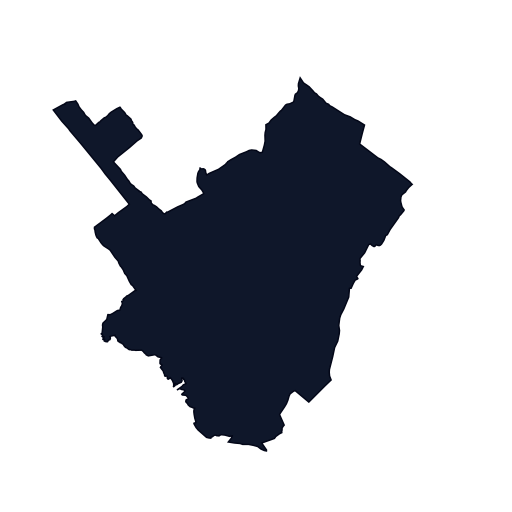 Cretesti, Vaslui, Romania (orthographic projection), rotated 167°
{"feature_id": "2599482B47452511342695", "entity_name": "Cretesti", "entity_type": "district", "adm_level": 2, "iso_a3": "ROU", "parent_name": "Romania", "parent_adm1": "Vaslui", "projection": "orthographic", "projection_center": [28.003, 46.636], "detail": "fine", "context": "isolated", "style": "filled", "palette": "ink", "viewbox_px": 512, "rotation_deg": 167, "n_neighbors": 0, "source": "geoboundaries", "source_scale": "gbopen_adm2", "svg_char_len": 6122}
<svg xmlns="http://www.w3.org/2000/svg" viewBox="0 0 512 512"><g transform="rotate(167 256 256)"><path d="M290.5,354.1L290.8,354.2L291.1,352.9L293.0,351.1L294.0,349.7L295.8,345.4L296.7,342.0L296.8,340.7L296.2,336.9L295.8,335.9L293.9,332.5L293.0,329.6L292.9,328.5L299.8,326.4L301.2,325.8L312.1,324.3L313.7,323.1L315.3,322.6L321.3,321.5L332.4,318.6L333.0,318.9L335.3,317.5L336.1,317.9L336.7,318.4L337.5,319.7L338.1,321.3L340.3,323.9L341.8,326.2L343.6,328.1L344.9,329.0L346.2,331.2L345.9,333.3L347.3,334.7L349.5,338.2L352.8,342.1L353.7,344.3L355.2,345.1L355.1,345.5L358.5,349.5L359.4,351.7L361.3,353.7L362.2,355.0L363.3,358.4L363.9,359.0L365.8,364.2L368.2,368.8L368.6,370.9L373.8,379.8L368.5,383.6L354.8,390.2L346.1,394.9L341.2,396.8L339.9,398.6L340.1,399.9L342.5,405.3L343.5,406.5L344.7,408.7L345.3,411.0L346.1,411.8L346.3,412.5L346.1,413.8L346.5,415.0L346.8,415.4L347.1,417.6L349.9,421.6L350.8,422.4L351.7,425.3L354.4,429.7L354.8,431.2L355.1,431.6L355.5,431.5L358.4,430.9L364.9,428.7L366.9,427.7L368.9,426.1L371.3,424.9L372.7,424.8L376.6,422.8L378.6,421.4L379.1,421.6L382.7,419.5L383.5,419.4L384.3,420.0L385.8,422.7L388.0,428.0L390.2,430.8L390.9,432.1L391.6,434.7L393.4,437.8L394.9,441.2L395.4,444.1L396.8,447.7L398.4,447.6L406.0,448.3L408.5,447.2L408.4,446.8L409.3,447.0L410.7,446.7L420.7,443.9L414.9,431.1L409.9,422.1L409.2,420.1L401.6,405.4L387.1,376.1L384.5,369.9L380.9,362.7L367.8,335.0L370.6,333.3L380.4,329.2L384.7,327.0L386.7,329.7L388.4,328.7L393.2,326.4L406.9,320.4L407.3,318.9L407.1,317.2L407.3,315.7L407.3,312.7L407.0,310.7L406.6,309.3L405.8,308.7L404.0,303.7L402.8,301.3L401.9,300.0L398.0,296.0L396.8,294.5L393.8,286.6L391.4,282.1L391.2,279.9L390.4,276.7L389.8,275.8L388.5,272.5L387.8,268.5L386.3,265.9L385.1,259.8L384.0,256.2L382.9,255.0L380.6,249.4L381.7,249.5L389.3,246.3L390.9,246.1L392.1,245.3L394.5,244.2L395.1,243.6L394.7,243.4L394.8,243.1L395.8,242.1L397.0,241.9L396.9,239.6L398.1,237.6L399.4,236.4L400.8,233.9L401.5,233.7L402.5,234.1L403.8,233.9L408.6,232.2L411.2,231.6L413.5,232.2L415.7,227.7L420.1,225.1L420.6,224.3L421.1,223.2L421.3,221.3L423.0,216.3L423.5,215.3L424.3,214.9L423.1,213.4L424.1,212.3L423.3,211.2L422.7,211.6L422.2,211.4L422.4,211.0L423.6,209.9L423.9,209.2L423.3,208.8L422.9,209.1L422.2,208.9L422.2,208.6L422.9,207.8L423.0,207.4L421.9,206.5L420.4,205.9L419.9,205.9L418.8,207.1L417.1,207.4L416.4,208.6L416.3,209.2L416.5,210.3L415.3,210.6L411.2,210.5L411.3,209.5L409.9,207.2L409.6,206.0L409.7,204.4L409.2,203.5L408.7,203.5L407.8,202.1L407.4,202.4L407.1,202.2L406.0,200.5L405.3,200.0L404.7,198.1L403.7,196.3L402.8,195.8L400.6,193.3L399.1,192.9L398.2,192.2L395.7,191.7L394.7,191.2L388.6,190.0L387.2,188.2L386.8,187.1L385.2,184.8L385.2,184.4L383.4,182.9L377.0,182.6L376.2,182.3L374.2,179.8L370.9,178.2L370.9,177.8L372.8,176.3L373.7,173.0L373.5,172.3L372.5,171.5L372.1,170.9L372.2,170.5L373.4,169.8L374.2,168.9L372.4,165.1L372.2,164.2L372.2,163.0L371.8,161.5L371.9,159.9L371.6,159.3L370.1,159.2L369.7,158.7L369.6,158.1L369.9,156.8L369.6,156.0L369.3,155.8L368.9,155.7L368.1,156.2L367.5,156.2L366.7,156.6L365.4,153.4L364.9,150.2L365.5,147.7L366.1,146.9L364.0,148.0L363.7,148.4L364.0,150.1L362.9,149.9L362.6,149.5L362.2,149.3L362.1,148.5L359.9,149.4L358.7,149.4L358.4,149.7L357.2,149.8L356.1,151.1L355.9,153.5L355.6,153.9L354.5,153.3L354.2,152.0L353.7,151.8L353.6,149.9L352.9,147.4L355.8,146.8L357.4,145.6L363.2,143.2L360.7,143.9L359.8,143.7L358.6,142.7L356.6,141.9L355.6,140.8L355.7,140.1L359.4,138.0L359.3,137.5L358.9,137.1L355.8,136.1L355.0,135.1L354.0,133.0L354.0,132.3L355.0,131.7L356.1,131.7L356.7,131.2L356.6,130.7L357.1,130.2L357.1,129.5L355.9,127.5L355.6,126.2L354.1,124.0L352.1,122.8L351.4,122.1L349.2,121.2L350.4,121.1L351.2,119.6L351.6,118.2L351.9,115.7L352.1,111.9L351.9,108.4L352.1,107.1L353.9,107.1L354.1,107.0L354.1,106.2L352.9,102.2L352.5,101.5L351.6,99.6L345.0,90.4L342.8,89.3L341.0,88.7L340.6,89.5L339.1,89.7L337.6,90.5L336.6,90.7L335.3,90.4L334.5,89.6L333.1,89.4L332.6,89.0L331.5,89.5L330.0,89.7L326.6,88.5L322.3,86.2L319.7,86.1L320.9,84.1L324.8,81.0L319.2,78.7L313.7,76.9L311.3,75.4L305.6,74.1L301.1,72.1L297.2,70.0L294.6,66.8L291.7,64.6L289.7,63.7L289.4,64.6L292.5,72.5L279.1,74.1L277.3,75.7L273.1,77.5L270.6,78.1L270.3,79.8L269.7,80.6L269.6,81.9L268.3,83.6L266.6,84.9L268.7,95.9L268.4,96.7L262.0,102.7L259.6,105.2L257.4,108.3L255.3,112.1L253.8,114.0L250.1,115.7L248.2,116.1L237.4,101.8L218.1,113.9L210.7,118.3L211.3,122.5L210.8,126.2L210.0,128.9L204.0,140.5L200.0,149.1L195.5,154.7L192.5,161.3L191.4,164.6L191.0,169.7L188.4,176.7L186.6,179.7L182.4,184.6L174.9,195.1L172.2,203.5L170.6,203.2L167.3,207.5L164.8,210.2L162.1,210.8L161.8,211.2L162.5,212.8L162.4,213.7L156.2,218.7L153.8,221.6L155.8,222.7L156.3,223.2L156.4,223.8L156.2,226.0L155.5,228.5L155.5,229.7L155.2,230.2L149.4,234.7L143.6,241.8L141.6,242.0L141.4,241.4L140.5,240.1L139.0,238.7L138.6,238.6L137.9,238.8L136.2,239.9L134.7,238.8L133.5,238.4L132.4,238.6L131.0,239.4L127.9,242.5L125.0,246.8L123.3,247.2L119.3,251.7L108.5,261.3L107.5,262.8L105.7,263.8L101.7,266.9L101.3,267.6L102.2,269.7L102.7,271.3L102.8,275.6L102.7,277.3L101.5,280.9L100.1,282.8L95.9,284.8L94.8,286.0L91.8,288.4L87.7,290.7L88.3,291.4L89.3,293.5L91.6,296.4L97.3,303.6L104.1,311.5L105.4,312.8L109.6,318.7L112.5,322.0L115.2,324.2L129.7,341.7L129.8,341.9L124.8,351.7L120.8,359.2L126.3,364.7L129.0,366.6L132.9,370.4L138.1,373.8L148.1,384.0L150.4,385.9L151.1,387.5L153.4,389.1L155.7,393.8L158.2,396.4L159.4,397.9L160.6,400.3L162.3,401.9L163.2,403.8L166.2,409.0L170.8,414.0L172.9,419.6L175.9,414.3L176.5,412.1L176.6,409.7L177.3,407.8L178.1,406.7L179.2,405.6L181.2,404.8L181.9,403.8L184.0,398.9L184.8,397.6L188.8,396.7L191.7,396.9L193.3,396.4L198.8,391.9L199.4,391.9L201.1,390.7L204.7,388.0L207.0,387.0L210.6,385.1L213.5,382.6L216.8,381.7L217.8,377.1L219.3,374.2L220.1,371.7L221.3,365.8L223.0,362.0L226.5,355.6L228.6,355.7L229.8,356.4L232.1,358.8L236.4,360.3L238.9,360.4L241.9,359.7L249.3,358.6L253.6,356.9L258.7,355.5L262.4,354.2L262.9,353.6L263.9,353.1L265.1,352.1L273.0,348.9L283.1,347.0L285.5,346.1L285.9,346.2L286.2,348.6L286.0,350.7L286.2,351.5L287.3,352.7L290.7,353.4L290.5,354.1Z" fill="#0f172a" stroke="#020617" stroke-width="1.5"/></g></svg>